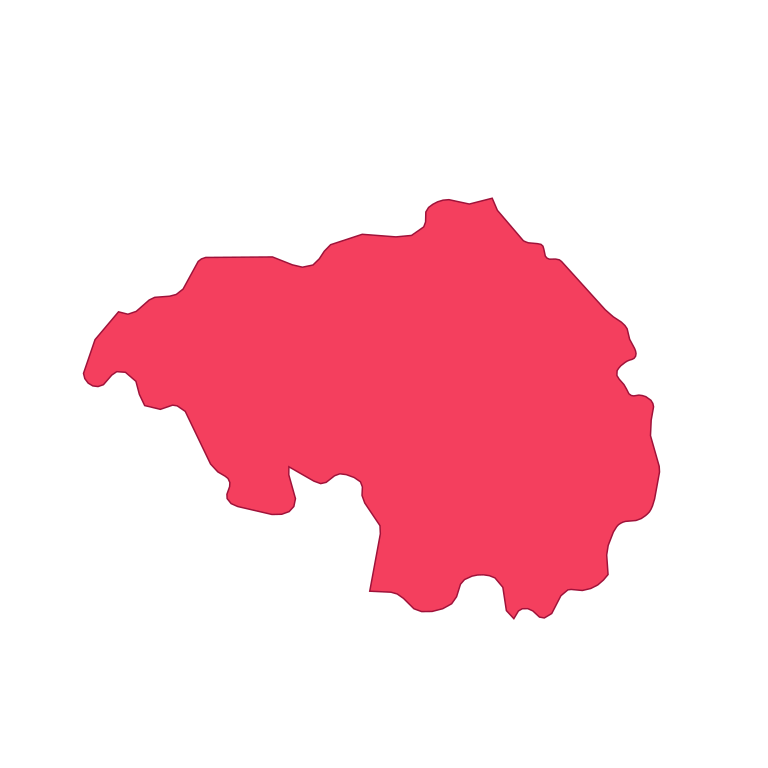 the border of Vicenza, rotated 106°
{"feature_id": "ITA-5465", "entity_name": "Vicenza", "entity_type": "Province", "adm_level": 1, "iso_a3": "ITA", "parent_name": "Italy", "parent_adm1": "", "projection": "natural_earth1", "projection_center": [11.514, 45.63], "detail": "fine", "context": "isolated", "style": "filled", "palette": "rose", "viewbox_px": 768, "rotation_deg": 106, "n_neighbors": 0, "source": "natural_earth", "source_scale": "10m", "svg_char_len": 2322}
<svg xmlns="http://www.w3.org/2000/svg" viewBox="0 0 768 768"><g transform="rotate(106 384 384)"><path d="M207.1,391.2L202.0,389.8L197.9,386.7L194.1,382.7L191.0,377.9L188.9,372.4L187.5,351.6L175.6,331.2L185.8,322.9L207.9,289.5L208.3,286.9L208.5,284.2L206.8,275.3L206.5,271.6L207.7,269.2L210.2,267.6L216.6,264.2L218.1,261.9L218.4,259.3L216.6,253.5L216.3,249.7L217.3,247.1L251.6,191.9L256.2,182.2L259.1,172.9L261.4,168.5L263.9,165.5L273.3,160.2L280.8,152.9L282.9,151.3L285.3,150.1L288.0,149.8L290.4,150.7L292.0,152.4L293.3,154.5L294.9,156.5L296.8,158.2L301.2,161.4L304.0,162.7L306.9,163.6L311.6,162.5L314.5,159.3L318.4,153.2L321.9,149.6L325.9,145.9L326.9,143.1L326.6,140.6L324.4,135.9L323.9,132.5L324.0,128.8L326.1,122.9L328.6,120.2L331.6,118.6L345.1,117.2L360.2,113.6L387.2,96.8L392.6,94.9L419.9,92.2L427.2,92.3L430.7,92.8L433.7,93.6L436.2,94.9L438.4,96.3L442.4,99.6L445.5,103.8L445.8,104.3L449.5,114.0L450.9,116.2L452.6,118.1L454.6,119.8L457.0,121.0L463.0,122.7L477.4,124.0L487.0,122.8L505.4,116.1L511.9,119.0L518.2,123.1L523.6,128.9L527.8,136.4L529.9,147.5L531.2,150.5L538.8,155.6L558.4,159.5L564.7,165.4L565.2,170.3L561.1,178.4L560.3,183.8L561.9,189.1L565.1,192.2L573.8,194.5L568.1,203.9L546.7,213.7L539.8,223.9L539.2,229.8L540.0,235.8L541.8,241.4L544.4,246.4L549.8,252.7L555.4,255.3L568.5,255.6L576.6,258.4L583.8,265.6L589.4,275.1L592.4,285.1L591.8,293.3L584.7,306.2L582.2,313.4L582.2,319.9L587.1,340.6L529.1,346.2L521.3,348.8L503.7,369.7L497.2,374.4L488.9,376.4L484.5,379.7L482.1,386.9L481.5,395.3L482.5,401.7L485.8,406.2L494.5,412.5L497.2,417.4L496.7,424.5L489.8,452.6L497.5,450.5L518.6,437.5L526.6,436.9L532.8,440.0L537.4,446.4L540.3,455.7L542.1,490.9L541.1,498.0L537.4,503.2L533.3,504.6L525.2,504.1L521.2,505.0L517.8,507.9L516.4,511.3L514.3,519.5L508.7,528.7L465.1,567.5L462.0,576.8L462.6,581.4L470.0,592.0L470.7,608.1L461.4,616.3L449.8,623.2L444.0,635.8L445.8,644.3L450.4,648.1L462.0,653.5L465.3,658.2L466.1,663.4L464.7,668.6L461.3,673.1L456.6,675.8L421.0,674.0L387.8,659.1L387.5,649.4L382.5,642.2L368.0,632.9L363.9,628.3L358.7,614.3L355.2,608.4L348.1,603.3L317.4,596.4L314.1,594.0L311.5,590.3L292.6,526.2L294.7,504.9L294.2,494.6L289.2,485.1L281.5,480.7L272.8,478.0L264.8,473.7L246.1,446.2L239.3,413.1L233.6,398.5L222.0,389.1L216.8,388.7L207.1,391.2Z" fill="#f43f5e" stroke="#9f1239" stroke-width="1.5"/></g></svg>